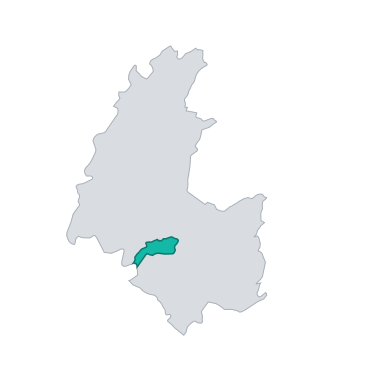 Guinea, with Tougué highlighted, rotated 216°
{"feature_id": "GIN-5658", "entity_name": "Tougué", "entity_type": "Prefecture", "adm_level": 1, "iso_a3": "GIN", "parent_name": "Guinea", "parent_adm1": "", "projection": "equal_earth", "projection_center": [-11.475, 11.52], "detail": "fine", "context": "in_parent", "style": "filled", "palette": "teal", "viewbox_px": 384, "rotation_deg": 216, "n_neighbors": 0, "source": "natural_earth", "source_scale": "10m", "svg_char_len": 4929}
<svg xmlns="http://www.w3.org/2000/svg" viewBox="0 0 384 384"><g transform="rotate(216 192 192)"><path d="M227.5,256.4L224.9,255.9L223.8,256.6L220.4,261.8L218.4,263.9L215.3,263.3L214.2,263.6L213.3,263.0L214.5,260.1L216.1,254.4L220.2,248.6L220.3,247.4L218.6,244.0L216.8,239.4L216.8,234.5L216.5,230.9L212.8,230.0L212.2,229.3L212.1,228.1L214.1,222.0L214.3,220.8L214.0,219.7L211.8,216.5L208.3,210.7L202.3,198.8L200.0,196.2L197.9,192.6L197.1,190.3L194.8,189.5L173.9,189.6L173.5,192.7L166.3,194.8L161.8,192.4L156.9,193.8L154.5,195.4L152.6,202.4L151.6,203.9L150.5,207.0L149.5,208.7L148.4,212.1L146.1,217.0L143.6,220.2L139.4,221.9L138.1,227.1L137.1,229.0L135.5,230.5L133.8,231.5L130.3,230.5L128.4,231.4L128.1,230.1L129.2,226.0L128.3,223.9L125.0,219.6L124.7,217.6L123.7,215.0L119.4,209.5L115.3,209.8L116.5,205.3L116.4,199.2L115.1,195.9L115.4,192.5L114.7,192.7L113.3,195.0L111.1,194.3L106.7,190.7L104.5,187.2L104.3,184.2L103.8,183.1L102.4,183.7L99.7,183.6L91.3,178.3L85.3,165.0L85.2,162.0L86.1,156.8L85.9,155.4L83.1,158.8L82.6,156.5L80.5,151.2L79.9,148.1L77.9,146.8L76.3,146.5L75.0,147.5L73.4,153.8L72.1,153.7L70.9,152.4L71.1,147.7L74.4,141.9L79.9,127.2L81.8,123.8L83.1,122.7L85.6,122.5L90.6,120.5L96.8,116.0L101.5,116.3L107.0,115.8L114.2,112.6L114.3,102.7L114.1,100.6L111.5,98.6L110.0,96.9L108.8,94.7L107.2,93.1L107.3,91.5L110.5,89.4L113.4,89.4L114.4,88.6L115.1,87.2L116.0,83.6L116.3,79.9L114.4,74.9L114.5,71.3L125.1,71.8L130.9,72.8L135.6,73.1L136.4,73.9L135.7,77.4L136.3,79.4L137.9,79.9L140.6,77.5L142.0,78.1L144.9,81.1L147.7,81.9L150.7,83.5L153.5,84.4L156.1,84.3L158.0,86.0L161.5,86.5L166.1,84.4L169.6,83.4L174.7,83.2L177.3,83.9L185.0,82.2L191.0,83.2L190.1,84.3L187.3,92.2L187.6,93.6L193.8,100.3L195.2,100.8L196.9,99.9L199.5,96.8L201.6,93.4L203.6,91.8L206.0,91.9L207.8,94.3L212.2,104.2L213.3,105.4L214.3,105.4L216.3,103.6L217.2,101.4L221.3,94.9L227.5,91.6L242.4,99.1L244.6,99.7L245.9,99.1L247.7,94.7L253.3,90.9L256.0,89.9L257.5,89.7L258.1,88.5L258.4,86.7L258.1,84.8L256.3,81.5L256.3,80.5L257.3,79.9L259.4,79.4L262.2,79.7L265.3,81.2L267.8,83.2L269.3,85.7L272.1,96.2L275.2,104.4L275.2,115.4L276.6,116.5L278.1,117.0L278.8,117.8L280.3,122.4L281.8,123.7L283.5,124.0L286.7,126.9L288.8,128.0L289.1,128.9L289.0,130.1L288.2,131.6L285.1,134.7L283.6,137.3L280.4,143.5L280.4,144.7L281.0,145.5L282.3,145.7L283.7,145.2L286.6,143.0L289.0,143.8L291.2,145.5L292.0,147.3L292.2,149.7L291.7,152.7L291.6,156.2L292.4,162.0L293.6,167.8L294.7,169.9L302.1,175.1L302.8,177.0L303.2,179.1L302.7,182.1L301.9,183.8L297.9,188.3L297.3,190.5L297.6,194.5L298.0,211.6L299.6,214.5L301.5,216.0L305.9,215.2L305.8,219.9L305.2,225.2L307.8,226.9L309.1,228.5L309.9,230.0L305.8,232.8L304.6,234.5L304.1,238.9L304.2,243.0L309.7,246.0L311.8,249.4L312.8,253.0L313.1,259.7L312.7,261.2L311.2,261.3L308.4,257.2L304.2,256.7L301.0,255.9L295.7,256.5L294.8,257.7L294.2,266.7L295.5,268.2L298.0,269.9L299.7,270.6L301.1,270.4L302.1,271.5L302.4,274.4L301.7,276.6L300.3,278.6L298.5,283.8L298.9,288.5L296.0,296.1L295.1,297.6L291.2,296.1L288.6,295.6L286.7,297.5L284.2,294.5L283.7,292.2L282.7,291.8L281.0,291.7L279.4,293.0L278.7,295.4L278.4,300.3L275.5,304.9L273.5,310.6L271.1,310.1L270.6,310.8L268.1,312.3L266.0,312.7L265.4,311.2L264.1,309.9L262.7,307.5L261.1,305.5L258.1,304.1L256.9,304.8L255.5,304.6L254.5,303.8L254.7,302.6L256.2,299.7L257.1,296.9L257.6,293.9L257.6,291.0L256.8,287.0L255.4,283.8L255.1,282.0L255.2,279.3L254.9,276.9L254.4,275.6L253.8,270.9L253.0,270.1L252.5,266.4L252.7,262.6L251.5,261.1L249.6,260.1L248.5,258.6L247.9,256.9L247.2,256.4L246.6,256.5L246.1,257.6L245.5,257.8L244.4,254.2L244.0,254.1L243.2,254.9L234.7,258.8L233.6,255.5L231.9,254.9L229.1,256.2L227.5,256.4Z" fill="#d9dde1" stroke="#a8b0b8" stroke-width="1"/><path d="M192.3,99.2L192.8,99.8L193.5,100.4L194.1,100.8L194.8,101.1L195.4,101.1L196.5,100.6L197.0,100.5L197.5,100.3L197.7,100.0L197.8,102.2L198.3,103.8L199.9,105.8L199.9,108.5L199.9,110.3L199.5,111.3L199.4,112.9L199.4,114.1L199.2,116.1L196.7,120.3L196.6,120.8L196.6,121.1L196.7,121.3L196.8,121.5L197.1,122.0L197.4,122.2L199.3,123.5L199.4,123.8L199.2,124.5L199.0,124.8L198.6,125.0L198.1,125.4L197.7,125.8L197.6,126.1L197.4,126.4L196.2,126.9L195.9,127.1L195.6,127.4L195.1,128.1L193.8,130.7L193.1,131.4L192.5,132.8L192.2,133.2L191.6,133.2L191.2,132.9L190.8,132.8L190.4,133.2L190.0,133.0L189.8,133.2L189.7,133.5L189.5,133.8L189.2,134.0L188.7,134.1L188.3,134.3L188.0,134.6L187.9,135.2L187.8,136.7L187.6,137.3L187.3,137.6L185.2,139.2L185.0,139.8L183.6,141.8L183.5,142.0L182.6,143.2L182.0,143.7L180.9,144.0L179.5,144.1L178.0,144.5L177.1,145.0L176.8,145.1L175.4,145.1L175.0,145.0L174.7,144.8L174.4,144.3L174.2,143.6L174.0,142.1L174.0,141.2L174.0,140.2L174.2,138.8L174.1,138.1L173.9,137.4L173.3,136.7L172.9,136.2L172.4,135.9L172.1,135.8L171.7,135.6L171.4,135.0L171.1,134.2L170.8,132.4L171.1,130.9L172.8,129.5L177.5,125.9L183.4,122.6L185.7,120.2L186.6,117.6L189.2,116.5L192.2,115.7L192.5,114.0L192.3,99.2Z" fill="#14b8a6" stroke="#0f766e" stroke-width="1.5"/></g></svg>